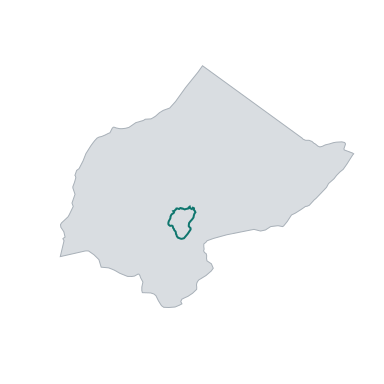 Kiryandongo highlighted on a map of Uganda, rotated 216°
{"feature_id": "UGA-5609", "entity_name": "Kiryandongo", "entity_type": "District", "adm_level": 1, "iso_a3": "UGA", "parent_name": "Uganda", "parent_adm1": "", "projection": "robinson", "projection_center": [32.118, 2.003], "detail": "fine", "context": "in_parent", "style": "outline", "palette": "teal", "viewbox_px": 384, "rotation_deg": 216, "n_neighbors": 0, "source": "natural_earth", "source_scale": "10m", "svg_char_len": 3362}
<svg xmlns="http://www.w3.org/2000/svg" viewBox="0 0 384 384"><g transform="rotate(216 192 192)"><path d="M257.7,300.3L253.3,300.3L246.2,300.3L239.0,300.3L231.9,300.3L224.7,300.3L217.6,300.3L210.4,300.3L203.3,300.3L196.1,300.3L189.0,300.3L181.8,300.3L174.6,300.3L167.5,300.3L160.3,300.3L153.2,300.3L146.0,300.3L138.9,300.3L134.6,300.3L133.8,300.2L133.2,300.0L130.5,300.6L127.7,302.6L124.7,303.4L121.6,303.1L121.2,303.3L119.6,303.3L117.2,303.1L115.1,303.6L113.5,305.4L111.9,308.4L109.0,311.8L106.7,314.9L104.7,317.0L100.3,320.6L97.8,321.7L96.6,321.5L95.9,320.8L94.5,316.3L93.6,315.5L84.9,317.9L83.6,317.9L83.8,316.5L83.1,305.8L83.0,299.2L84.1,295.1L84.8,290.4L84.9,286.2L86.5,279.1L85.9,274.8L87.9,259.8L88.5,257.4L89.3,250.2L90.6,248.0L91.7,247.1L93.2,242.7L96.0,235.6L98.0,231.9L97.6,224.0L97.9,218.5L98.3,217.3L102.6,215.3L108.0,210.3L110.3,204.4L113.6,200.7L119.9,198.2L138.6,178.0L147.3,167.1L151.1,161.5L151.2,159.5L151.9,156.9L150.4,154.8L148.6,152.9L148.0,151.2L146.4,150.4L144.2,150.4L142.7,149.1L141.1,146.7L139.4,145.1L134.1,145.3L130.0,142.8L130.0,139.4L131.6,132.6L134.8,124.9L134.9,122.8L134.5,121.0L133.7,119.4L132.3,117.9L131.0,116.0L132.0,110.5L134.0,105.1L135.6,102.4L137.2,99.3L136.7,96.8L134.4,95.6L135.6,93.1L138.1,89.0L142.9,84.9L147.1,82.1L149.9,82.1L155.3,84.3L160.2,86.9L162.9,87.1L166.2,86.0L173.0,81.4L174.7,82.8L176.7,85.6L178.8,90.3L183.1,92.4L185.1,93.8L186.6,94.3L187.4,93.9L189.1,90.2L191.0,88.3L194.6,85.8L202.7,83.8L208.4,83.2L210.8,82.7L214.9,81.6L221.3,77.8L227.6,82.6L234.4,83.6L241.0,83.5L243.1,82.1L244.2,81.0L251.2,73.0L260.6,62.3L266.9,77.4L269.0,78.3L268.7,79.6L268.2,80.9L272.3,84.5L277.4,86.4L279.2,88.3L279.4,90.3L277.7,99.1L278.0,101.7L279.6,110.5L282.6,112.5L285.3,121.4L290.7,125.2L291.5,126.2L292.7,130.6L294.4,135.3L295.7,136.4L296.5,136.6L298.0,141.7L297.1,144.5L298.4,153.0L300.4,160.7L301.0,169.8L301.0,173.8L300.9,176.3L300.5,179.8L299.5,181.8L297.8,183.7L295.9,186.8L294.2,190.1L293.2,191.7L294.0,196.7L293.8,198.0L293.3,198.6L290.9,199.3L287.8,200.7L285.9,202.0L283.2,204.5L281.0,207.2L278.2,215.1L273.4,221.3L272.6,223.4L268.1,227.1L266.1,231.7L264.9,237.2L263.2,241.2L259.4,246.8L258.5,255.4L258.6,272.8L257.6,292.6L257.7,300.3Z" fill="#d9dde1" stroke="#a8b0b8" stroke-width="1"/><path d="M195.1,160.2L195.3,161.2L195.3,162.1L195.1,162.6L194.6,163.9L194.5,164.5L194.6,165.0L194.9,165.2L195.3,165.3L195.9,165.5L195.3,166.2L195.1,166.5L195.0,166.9L195.0,167.9L194.9,168.3L194.7,168.6L194.9,169.5L194.1,170.1L193.1,170.4L192.4,170.7L192.2,171.1L192.2,171.7L192.0,172.2L191.6,172.4L191.2,172.5L190.8,172.8L190.5,172.9L190.1,172.7L189.6,173.2L187.7,173.6L187.3,174.1L187.0,174.6L185.8,175.9L185.3,176.5L185.6,177.3L185.2,178.8L183.9,177.8L182.1,178.1L182.1,179.8L180.8,180.0L180.0,178.7L178.5,178.3L177.3,177.6L177.3,175.9L176.7,174.1L175.8,172.2L175.8,170.0L176.1,167.1L176.1,165.2L175.4,163.8L174.6,162.5L173.4,162.1L171.9,161.9L171.1,160.8L170.9,155.5L171.3,149.9L172.6,148.3L173.2,147.8L174.0,147.5L175.6,147.1L176.3,146.8L176.7,147.0L177.1,147.1L177.5,147.1L177.9,147.1L178.4,147.4L179.3,148.2L180.2,148.6L181.8,150.2L182.2,150.4L183.4,150.6L183.9,150.7L184.8,151.4L186.1,151.8L187.5,153.0L188.4,153.0L188.8,152.8L189.5,152.0L189.8,151.8L190.1,151.7L191.6,151.8L192.3,152.2L192.9,153.0L193.6,154.6L194.0,157.8L194.3,158.5L194.8,159.2L195.1,160.2Z" fill="none" stroke="#0f766e" stroke-width="2"/></g></svg>